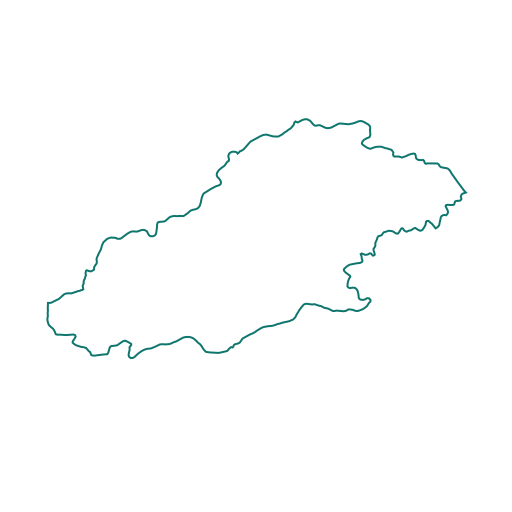 outline of Tomé-Açu, Pará, Brazil, rotated 49°
{"feature_id": "56859067B82195789600359", "entity_name": "Tomé-Açu", "entity_type": "district", "adm_level": 2, "iso_a3": "BRA", "parent_name": "Brazil", "parent_adm1": "Pará", "projection": "orthographic", "projection_center": [-48.263, -2.66], "detail": "fine", "context": "isolated", "style": "outline", "palette": "teal", "viewbox_px": 512, "rotation_deg": 49, "n_neighbors": 0, "source": "geoboundaries", "source_scale": "gbopen_adm2", "svg_char_len": 6078}
<svg xmlns="http://www.w3.org/2000/svg" viewBox="0 0 512 512"><g transform="rotate(49 256 256)"><path d="M167.2,220.5L166.8,225.4L166.9,228.1L167.6,230.6L168.4,231.8L169.2,232.6L170.4,233.1L171.7,233.3L173.2,233.1L176.4,233.5L177.6,234.3L178.4,235.3L178.6,236.4L178.4,237.5L177.1,240.5L175.9,245.6L174.5,254.5L175.2,256.5L176.5,258.8L179.8,263.1L181.4,265.9L181.8,268.6L181.2,270.6L180.5,272.0L179.7,273.3L179.0,275.2L178.8,276.1L178.9,279.4L178.4,284.0L178.0,284.9L176.0,287.0L173.9,289.7L172.0,291.6L171.1,293.1L170.3,294.8L170.0,296.2L170.1,301.1L169.7,302.7L166.9,306.5L166.4,307.5L166.5,308.8L168.1,310.8L169.0,311.5L173.0,316.0L173.9,317.5L174.1,318.8L173.6,320.7L171.8,322.7L170.2,323.1L167.7,322.7L166.7,322.3L165.5,322.2L163.2,323.1L162.3,323.9L161.1,325.8L159.9,329.1L159.2,330.2L156.8,332.6L155.9,333.9L155.4,335.1L154.8,338.1L154.1,346.7L153.5,347.7L151.8,349.5L150.6,349.8L148.9,351.2L148.3,352.1L147.3,352.9L146.2,354.7L145.4,357.3L145.5,361.9L146.8,365.1L149.0,368.3L149.6,369.5L151.0,373.2L153.1,377.5L153.7,378.4L154.7,379.0L156.7,380.6L157.3,381.9L157.4,382.9L158.2,385.3L158.9,386.2L159.8,386.8L160.1,387.9L159.7,388.9L159.6,390.1L159.0,391.0L157.9,391.9L155.8,393.0L155.7,394.1L157.1,395.9L159.1,397.2L159.6,398.3L161.0,400.4L161.3,401.6L162.7,403.4L163.6,403.9L164.7,406.3L167.8,408.2L167.7,409.3L167.1,410.3L166.7,411.7L165.5,413.8L165.2,415.0L164.5,416.3L163.8,418.3L162.8,420.3L161.2,421.8L159.6,424.2L159.1,425.6L159.0,426.7L159.1,433.2L158.7,434.2L156.9,441.2L156.3,442.1L154.9,443.7L159.3,447.9L160.2,448.4L162.8,451.0L164.7,452.4L165.5,453.3L166.1,454.3L167.9,455.7L170.4,457.0L172.3,457.6L174.7,457.4L177.7,456.9L179.7,457.1L183.7,458.4L184.9,457.7L187.0,455.3L191.1,451.2L195.4,445.4L197.1,444.4L198.6,445.1L199.7,448.3L200.1,450.1L201.0,451.2L202.1,451.2L205.0,450.5L207.3,449.2L209.7,447.7L212.1,445.7L213.9,444.6L218.4,444.6L219.7,444.2L222.6,445.3L224.3,444.3L225.4,443.0L230.0,436.1L232.5,432.7L232.2,431.2L228.9,426.1L229.0,424.3L230.8,421.8L232.3,419.4L233.0,412.6L234.2,410.1L238.3,408.5L240.6,407.9L241.4,408.7L241.8,411.2L244.2,413.2L245.2,414.9L247.2,417.2L249.0,417.9L250.9,417.4L252.0,416.0L252.4,414.9L252.5,413.4L252.3,409.6L252.6,405.8L253.1,403.0L253.8,400.8L254.7,399.0L256.8,396.0L258.3,391.7L259.6,386.8L260.8,384.9L263.3,382.3L265.5,379.4L266.4,377.3L266.9,375.2L268.2,372.0L269.8,364.5L270.7,362.7L272.9,359.8L275.1,358.2L277.4,357.2L280.8,356.7L283.6,356.6L285.8,356.1L288.5,356.2L290.5,356.6L292.5,356.8L294.1,356.8L295.6,356.6L298.4,354.2L304.7,347.7L307.8,342.0L308.8,340.0L308.3,336.4L308.4,334.6L309.6,333.8L309.6,332.7L308.8,331.4L308.7,330.2L310.4,326.5L310.7,325.2L310.2,322.9L309.6,320.7L309.6,319.7L311.3,311.9L312.2,309.3L312.8,306.4L313.0,303.9L314.0,298.4L314.9,296.3L317.5,292.0L318.3,291.2L319.7,288.9L321.1,285.7L321.3,284.7L322.6,282.4L323.9,279.3L326.9,273.9L328.3,269.6L328.0,266.5L326.9,263.9L325.1,258.2L324.4,254.8L324.0,251.8L324.5,250.2L325.4,249.0L329.4,245.5L330.7,243.5L335.4,240.7L336.6,239.7L340.0,238.4L343.0,236.1L347.9,234.1L349.0,232.8L350.0,231.1L355.1,226.2L356.2,224.5L356.7,223.1L356.8,221.6L357.8,220.3L360.6,217.9L361.6,217.6L363.3,216.4L364.5,214.9L366.2,210.3L366.6,207.0L366.6,205.0L365.5,201.5L365.5,199.6L364.3,198.4L362.0,198.5L360.7,199.9L360.2,202.4L359.4,204.0L357.4,205.8L356.2,206.1L355.0,205.9L352.2,203.9L348.8,202.1L347.2,201.9L345.2,202.1L344.0,203.1L343.1,204.1L341.8,206.3L340.5,206.9L339.1,207.0L337.0,205.1L335.2,202.6L333.9,199.9L333.5,198.4L332.6,198.0L327.3,199.2L324.9,199.2L323.9,198.7L323.5,197.6L323.5,194.0L323.9,191.5L324.3,190.5L327.6,184.7L329.2,182.5L329.7,181.4L330.0,180.1L329.6,178.9L328.5,178.3L327.3,177.9L325.4,176.4L324.4,176.2L323.2,175.7L323.4,174.6L326.8,172.8L328.2,170.7L328.6,168.4L329.6,167.6L332.3,167.6L333.0,166.5L332.9,165.5L331.9,164.9L328.4,163.3L327.7,162.5L327.0,160.0L326.3,158.9L324.5,157.5L322.9,154.1L321.6,151.9L321.3,150.8L322.3,148.7L322.7,147.4L322.1,145.3L322.0,143.9L323.0,141.8L323.9,139.5L324.8,138.5L326.7,136.9L327.9,136.3L330.2,135.8L331.5,135.0L332.2,134.2L331.8,132.0L330.6,128.4L331.0,127.4L332.0,127.1L333.8,127.4L335.4,127.0L336.3,126.5L336.8,125.5L337.0,124.4L338.2,122.3L338.7,118.8L339.3,117.4L342.6,116.5L344.7,115.5L345.5,113.5L344.7,110.3L343.8,107.8L341.7,105.1L341.7,104.1L342.5,103.0L343.6,102.6L344.6,102.6L347.0,102.1L350.8,102.2L352.1,102.4L353.1,102.2L353.3,99.6L353.0,97.7L348.1,91.2L347.6,89.8L348.0,87.9L348.6,86.9L350.0,85.8L349.9,84.5L349.4,83.1L348.8,82.2L347.2,81.4L342.9,80.3L342.3,79.2L343.2,77.6L345.1,75.8L346.7,73.8L347.1,72.6L345.5,70.1L345.8,68.8L348.0,65.9L348.1,64.7L347.7,63.5L345.4,62.4L344.4,60.3L344.7,58.5L345.8,56.0L343.3,56.1L333.9,55.4L322.3,54.3L318.8,53.6L317.4,53.7L315.8,53.9L314.6,54.7L311.7,57.1L310.3,58.1L308.8,58.4L306.6,58.0L305.2,58.4L298.5,65.9L298.0,67.2L296.6,67.6L294.1,66.7L293.0,66.9L292.3,68.1L290.5,70.0L289.7,70.6L288.2,71.0L287.2,71.0L284.9,69.6L283.3,69.0L282.1,69.8L280.8,72.0L279.7,74.6L279.2,76.8L277.5,81.2L274.7,82.9L271.5,86.5L270.4,86.5L269.5,86.1L268.1,84.5L265.7,84.1L264.6,84.2L260.5,86.7L259.8,87.4L256.1,89.5L255.1,90.4L252.8,93.2L251.7,95.2L250.2,99.2L249.4,99.9L247.2,101.1L242.8,102.3L241.3,102.5L240.3,102.1L239.4,100.3L239.2,98.1L239.9,94.9L240.7,92.7L240.5,91.7L239.6,90.2L235.5,87.2L234.7,86.2L233.8,85.4L232.3,84.8L229.9,85.1L225.2,86.8L224.0,87.5L223.0,88.2L221.7,90.1L220.4,93.9L219.4,96.1L217.4,99.5L216.0,101.0L211.7,105.0L210.4,106.8L208.5,114.6L208.0,115.9L206.6,118.0L204.8,119.5L199.5,121.8L198.6,122.6L196.8,125.5L195.9,126.2L193.8,126.5L190.7,126.4L189.4,126.5L187.9,127.0L186.0,128.0L184.6,129.9L183.7,132.0L182.6,136.8L181.4,137.6L180.4,137.9L180.4,139.3L181.8,141.8L182.4,145.5L182.4,146.6L182.0,148.8L182.0,150.4L181.5,153.5L181.4,156.5L180.6,160.2L180.1,161.3L177.0,164.6L171.2,168.5L169.4,171.1L168.3,174.8L167.5,178.7L166.1,184.5L166.2,186.5L167.4,195.2L167.0,198.0L166.4,199.6L166.7,200.9L166.6,202.7L165.5,202.5L164.3,202.9L163.2,203.8L161.8,205.5L161.3,206.7L161.1,207.9L161.1,209.1L162.3,211.2L163.1,211.8L165.5,213.0L166.5,214.5L166.0,215.5L167.2,220.5Z" fill="none" stroke="#0f766e" stroke-width="2"/></g></svg>